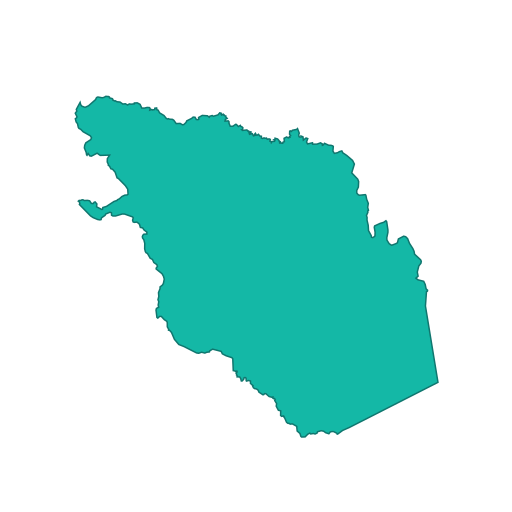 Degollado, Jalisco, Mexico, rotated 256°
{"feature_id": "50627088B18786392741824", "entity_name": "Degollado", "entity_type": "district", "adm_level": 2, "iso_a3": "MEX", "parent_name": "Mexico", "parent_adm1": "Jalisco", "projection": "natural_earth1", "projection_center": [-102.126, 20.456], "detail": "fine", "context": "isolated", "style": "filled", "palette": "teal", "viewbox_px": 512, "rotation_deg": 256, "n_neighbors": 0, "source": "geoboundaries", "source_scale": "gbopen_adm2", "svg_char_len": 6127}
<svg xmlns="http://www.w3.org/2000/svg" viewBox="0 0 512 512"><g transform="rotate(256 256 256)"><path d="M447.6,122.5L441.7,117.1L439.9,117.2L438.3,115.2L434.3,116.0L433.4,115.2L432.9,113.9L429.6,113.9L427.6,114.8L423.8,114.7L422.6,115.1L421.3,116.6L418.4,118.3L412.7,124.3L410.5,125.0L408.9,123.8L407.0,118.3L404.9,116.6L402.4,115.6L397.6,116.3L395.2,116.1L394.6,116.4L396.1,117.9L393.3,119.0L392.7,120.5L394.2,126.7L391.3,129.2L389.3,138.4L386.4,135.3L383.2,134.4L380.8,134.9L379.8,134.6L378.6,135.6L375.7,136.3L374.9,137.8L371.4,139.6L365.4,140.1L364.5,141.2L355.8,146.3L351.9,147.7L346.9,146.8L346.4,145.7L346.8,143.5L346.2,140.4L344.5,137.2L344.1,135.2L343.5,134.5L343.3,131.5L340.3,122.9L340.1,119.1L338.5,118.4L338.4,117.7L342.3,113.2L345.0,114.2L347.4,113.0L347.3,111.9L346.3,110.9L346.6,109.6L347.0,108.9L349.8,107.9L350.7,106.1L351.4,102.7L352.4,101.7L352.6,100.8L352.3,99.4L352.7,97.8L352.2,96.9L351.6,97.5L349.7,97.8L348.7,97.1L335.0,105.1L332.6,107.3L329.7,111.2L328.8,113.3L328.8,114.5L330.4,115.3L331.9,119.3L333.1,120.4L333.8,124.9L332.9,126.2L330.5,125.7L329.4,126.9L328.8,129.4L329.1,136.4L328.5,138.6L323.8,145.7L322.7,146.1L320.6,144.9L318.8,145.0L318.1,146.0L317.7,148.6L316.9,149.3L315.0,150.6L311.7,150.7L310.7,152.8L308.3,153.7L305.6,155.9L303.7,155.4L304.3,152.5L303.5,151.2L302.3,150.4L300.9,150.3L298.9,151.1L295.1,151.1L289.9,149.7L287.1,149.7L285.8,150.1L284.7,151.3L279.4,152.8L277.7,154.7L274.4,155.3L271.6,157.7L269.7,157.8L268.4,156.2L267.5,156.0L261.6,160.5L258.8,161.3L255.8,161.4L251.8,159.5L250.4,158.1L249.2,155.4L247.7,155.1L244.0,152.5L240.3,151.9L237.3,150.3L235.2,150.6L232.1,149.2L229.9,149.2L229.2,146.7L227.7,145.9L220.4,145.0L219.5,145.7L220.7,147.9L220.3,149.5L216.3,151.7L214.3,153.6L212.9,153.8L208.7,152.8L206.2,153.5L205.2,153.2L205.0,154.0L202.3,155.5L194.8,156.7L188.8,159.7L185.5,164.3L176.3,174.9L175.5,176.9L175.8,179.9L174.2,182.9L174.5,185.0L174.2,187.6L175.2,188.2L176.1,191.4L171.9,199.1L169.2,199.7L166.4,202.9L163.2,208.0L161.9,208.6L150.3,206.2L149.6,207.7L149.0,208.1L149.0,209.6L148.6,209.7L147.9,209.5L147.2,208.3L146.0,208.7L145.3,208.3L144.6,208.8L143.3,208.4L142.6,210.9L140.8,211.5L138.3,211.5L138.1,212.4L139.4,214.3L140.6,214.8L140.8,215.9L140.4,216.4L139.8,216.8L137.3,216.3L136.9,216.6L137.0,218.7L136.0,220.4L133.7,219.8L130.9,221.7L130.6,221.3L128.9,221.6L127.7,222.5L126.9,224.3L125.3,225.6L123.2,225.9L119.7,229.1L119.6,229.9L120.4,231.0L120.0,232.3L116.5,234.7L115.0,237.4L115.1,238.3L113.9,238.0L113.1,238.9L113.2,239.5L112.1,239.9L111.2,239.2L107.8,240.3L105.4,239.3L103.3,239.8L100.9,240.4L99.8,242.5L95.3,241.3L94.2,242.1L94.2,243.9L93.7,244.3L93.4,244.0L91.6,244.7L87.3,245.4L86.0,246.4L85.5,247.7L84.6,248.5L84.3,250.7L80.9,254.3L76.2,253.6L73.2,255.7L70.1,255.9L69.3,256.5L68.6,259.9L70.6,263.2L71.1,265.4L70.1,266.0L69.9,268.7L69.0,270.3L69.4,272.4L70.6,273.2L70.7,277.0L69.6,279.3L67.7,280.8L65.9,283.7L67.4,285.6L67.2,287.7L66.8,288.9L64.4,291.6L63.5,291.7L63.5,292.3L65.8,297.9L67.1,305.3L89.4,402.0L166.5,408.3L180.2,412.8L180.4,413.8L181.3,414.2L183.0,413.1L187.4,413.3L190.9,412.6L193.7,407.4L195.8,405.8L197.2,408.4L201.4,408.6L207.0,411.6L209.1,414.3L210.9,415.1L212.5,414.8L219.4,410.3L222.3,410.5L225.2,410.0L231.1,408.0L236.2,407.3L238.5,405.9L239.5,404.1L238.1,398.3L234.6,396.4L234.1,394.6L233.6,390.2L235.7,388.2L239.7,386.9L242.0,387.3L247.0,389.7L249.3,390.3L257.7,391.1L258.8,390.6L257.8,388.0L257.6,384.2L256.5,378.4L255.3,377.7L250.2,377.3L247.1,376.4L246.3,375.9L245.6,373.8L246.2,372.6L248.1,372.7L253.4,371.3L258.6,372.3L264.0,372.4L266.5,373.1L268.6,373.0L271.3,375.1L272.7,375.3L273.1,376.2L276.1,376.1L279.9,377.7L284.1,377.1L288.4,377.3L289.1,376.9L289.9,371.2L290.6,370.1L292.6,369.0L295.2,369.6L298.1,372.0L303.4,373.6L305.9,373.3L313.5,369.0L321.4,373.7L325.4,372.8L331.7,368.3L335.1,365.2L337.2,364.7L337.1,362.1L336.5,360.3L336.6,356.9L339.1,356.0L343.6,357.5L344.2,357.2L345.2,355.7L345.9,353.3L348.8,349.7L347.3,347.8L347.3,347.2L348.8,347.4L350.2,346.0L349.8,342.3L350.8,338.0L352.2,338.2L352.3,333.1L354.4,332.6L357.4,334.6L358.4,333.1L357.0,330.0L360.3,330.4L361.3,329.0L360.6,329.1L360.8,327.3L361.4,326.6L363.4,326.8L364.7,327.7L369.6,327.1L369.0,326.1L369.2,321.7L368.3,320.5L369.1,319.7L369.0,318.9L366.1,318.0L364.4,318.7L363.7,317.3L363.0,317.6L362.8,315.9L364.1,314.5L363.4,311.7L360.1,311.2L359.9,309.7L358.9,309.2L359.9,306.3L360.5,306.5L360.2,307.5L361.1,307.2L361.4,306.3L362.4,306.3L364.3,305.3L365.7,303.0L364.6,302.6L364.5,301.6L363.7,302.4L362.8,301.7L363.2,299.4L362.3,298.3L363.4,298.3L364.1,297.2L365.7,298.1L366.5,297.0L366.5,295.2L367.9,294.7L368.0,293.1L368.7,292.4L368.4,290.9L369.1,289.8L370.9,290.2L371.4,288.8L373.5,287.8L372.9,286.3L373.2,285.6L375.2,285.1L374.4,284.0L373.3,284.1L373.2,282.6L375.6,282.0L375.6,279.2L377.1,279.1L376.6,280.9L377.7,281.1L378.1,279.3L379.1,279.1L379.2,278.3L380.5,277.7L381.1,273.3L382.0,272.7L382.0,273.6L383.7,274.3L384.9,273.5L385.5,272.5L386.5,272.4L385.9,270.2L388.4,268.8L388.7,268.1L387.5,265.0L388.1,262.4L391.5,261.9L392.6,262.3L393.8,261.8L394.4,258.6L396.0,259.3L396.5,261.3L398.2,260.3L399.1,260.6L399.5,259.7L400.5,259.4L400.6,258.5L401.6,258.4L401.1,256.7L402.0,256.4L402.9,256.8L403.7,255.5L402.1,253.2L401.9,248.4L402.9,247.5L402.8,245.0L402.0,244.2L403.8,242.8L405.4,237.9L404.3,233.8L402.6,233.6L402.3,232.7L402.9,231.1L405.4,230.4L406.0,228.6L405.1,226.9L403.9,221.5L402.5,220.4L401.0,217.8L401.1,216.4L403.0,214.5L403.8,210.6L407.6,209.1L408.8,208.0L409.7,205.1L410.4,204.4L410.3,203.3L411.3,202.2L414.6,200.7L418.2,197.1L421.2,196.3L421.9,195.2L423.7,195.4L423.9,193.6L422.6,193.1L422.8,190.7L423.4,190.3L423.2,188.2L424.8,189.0L425.8,188.5L426.5,186.3L426.5,183.6L427.1,181.0L431.2,180.2L433.3,177.9L433.9,175.0L433.1,174.8L433.5,171.6L434.2,169.9L433.6,167.9L435.3,166.1L435.7,163.5L438.3,161.3L439.3,158.4L440.6,157.1L440.5,156.6L441.9,154.8L442.7,155.0L443.5,154.6L444.9,152.1L445.8,152.2L446.7,151.0L446.7,150.1L447.3,149.1L446.7,146.9L446.7,145.1L448.5,141.1L448.5,140.3L448.0,139.3L446.6,138.2L442.3,129.9L441.6,126.1L443.5,123.3L445.3,122.5L447.6,122.5Z" fill="#14b8a6" stroke="#0f766e" stroke-width="1.5"/></g></svg>